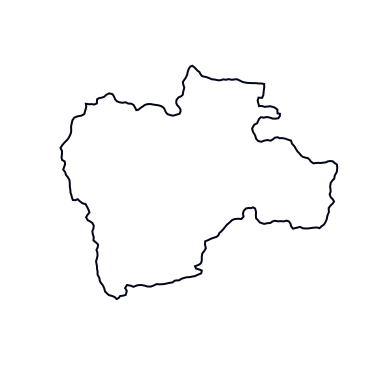 outline of Malacacheta, Minas Gerais, Brazil, rotated 17°
{"feature_id": "56859067B170953880519", "entity_name": "Malacacheta", "entity_type": "district", "adm_level": 2, "iso_a3": "BRA", "parent_name": "Brazil", "parent_adm1": "Minas Gerais", "projection": "orthographic", "projection_center": [-42.098, -17.856], "detail": "fine", "context": "isolated", "style": "outline", "palette": "ink", "viewbox_px": 384, "rotation_deg": 17, "n_neighbors": 0, "source": "geoboundaries", "source_scale": "gbopen_adm2", "svg_char_len": 4310}
<svg xmlns="http://www.w3.org/2000/svg" viewBox="0 0 384 384"><g transform="rotate(17 192 192)"><path d="M151.3,316.4L152.9,314.7L153.7,312.5L156.2,311.4L158.7,309.8L158.6,305.7L156.1,303.4L157.0,300.0L160.8,299.5L163.7,299.8L167.0,297.2L170.4,295.8L174.1,295.4L177.0,295.4L180.2,294.5L182.6,292.7L185.1,290.4L188.0,289.8L192.2,288.2L194.5,286.9L197.2,285.4L199.9,284.1L201.3,281.9L203.3,281.0L205.5,280.2L207.4,278.0L210.0,276.2L212.0,275.0L214.6,274.1L216.8,272.9L219.2,271.7L221.7,269.5L224.6,267.1L224.3,264.2L221.5,264.0L218.2,264.0L216.6,262.1L218.7,260.5L220.5,258.9L221.5,256.8L221.3,254.3L220.3,251.2L219.8,247.6L220.9,245.2L221.7,241.8L219.8,238.5L219.0,235.3L221.4,233.4L223.6,231.3L226.4,229.2L228.5,227.8L229.9,225.8L230.1,223.4L231.5,221.1L232.7,218.7L233.8,215.9L234.9,213.2L236.9,210.1L238.7,206.9L241.0,205.3L243.9,204.1L247.1,203.4L248.5,200.5L247.0,197.7L247.0,194.9L248.4,192.0L250.9,190.7L253.2,190.2L254.8,188.8L257.1,189.3L259.0,192.2L260.0,196.0L261.0,198.4L263.2,199.6L265.5,201.2L267.9,201.4L270.3,201.4L273.2,199.8L276.0,198.7L277.5,196.7L279.5,195.3L282.9,194.9L285.1,194.0L288.6,193.2L290.6,191.8L293.3,191.8L295.5,193.6L296.9,195.8L299.3,197.5L301.6,196.2L303.7,194.9L305.6,193.7L308.3,194.3L311.0,193.8L314.2,192.7L318.0,190.9L321.7,189.4L324.6,189.3L325.8,187.0L327.7,184.6L328.4,182.1L328.8,178.7L328.4,175.1L328.8,171.3L327.4,167.4L328.6,164.1L329.9,162.0L330.6,159.5L328.6,157.7L325.9,156.2L324.3,153.9L324.5,151.2L323.7,149.0L322.5,146.4L322.0,142.7L322.9,140.0L324.1,137.8L323.7,134.4L324.6,130.5L323.9,126.6L322.6,123.4L319.8,122.5L317.7,121.5L315.3,121.9L313.0,123.0L311.4,124.5L309.1,125.5L306.7,126.6L303.5,127.4L299.7,129.1L296.7,128.1L295.0,126.7L292.7,125.7L290.4,126.0L287.6,126.0L285.4,125.1L283.5,123.7L281.2,122.5L279.2,120.8L276.5,118.3L273.6,116.6L271.6,113.9L268.7,113.9L265.4,113.7L262.4,114.1L260.2,114.9L257.9,114.6L255.4,115.8L253.9,118.1L252.2,119.9L248.8,120.3L246.0,121.8L243.6,123.7L240.3,123.9L237.7,122.3L236.4,120.2L234.9,118.5L232.7,116.6L230.9,113.7L231.9,109.4L234.2,107.2L234.7,102.7L236.0,100.3L239.0,99.9L240.9,98.7L243.5,98.1L247.6,98.2L250.3,97.5L253.0,96.2L253.8,93.9L253.2,91.5L250.8,91.8L249.5,88.2L246.1,87.0L241.8,87.1L239.2,88.2L236.6,89.3L233.7,89.3L231.0,90.3L229.8,88.3L228.0,85.3L228.0,82.3L231.5,81.5L231.9,78.4L231.2,75.2L230.5,70.9L229.4,67.6L226.3,68.0L223.4,68.9L221.2,69.2L218.6,70.0L215.5,70.9L212.1,71.6L208.4,72.0L205.5,71.5L202.0,71.0L199.6,72.0L197.3,73.0L194.0,73.4L191.7,74.7L188.9,75.2L186.6,76.8L184.5,77.5L181.0,77.8L177.9,78.4L174.4,78.0L171.8,77.9L169.4,78.2L167.2,78.0L165.5,76.6L163.9,75.0L161.8,74.4L159.7,73.1L157.8,72.1L155.3,71.2L153.6,72.7L152.9,75.3L152.8,78.5L153.1,81.3L152.6,84.5L151.8,87.1L151.1,89.4L152.3,91.9L154.1,94.5L154.3,98.8L154.7,101.8L153.4,103.9L151.5,105.4L150.3,108.2L150.7,111.1L152.1,113.0L154.6,114.5L156.8,116.3L157.5,118.4L157.2,120.8L154.3,122.8L151.7,124.5L149.2,124.8L145.7,124.7L143.4,123.1L141.8,121.1L140.2,119.7L137.6,118.9L134.5,118.9L132.2,119.3L129.5,119.7L126.6,120.0L123.7,121.0L121.5,122.5L119.9,124.6L118.3,126.5L116.7,129.0L114.8,130.0L112.9,127.9L110.6,125.8L108.0,125.3L105.1,126.1L102.4,125.6L99.4,127.0L96.5,127.4L93.6,127.2L91.5,125.9L89.4,123.4L87.3,121.7L83.9,121.9L81.7,124.0L80.2,126.6L78.1,128.2L75.8,129.3L74.1,131.1L75.1,135.1L73.0,136.9L70.3,137.3L68.1,138.1L64.7,138.7L65.8,140.9L66.1,143.2L66.1,145.6L66.2,149.0L63.9,151.3L60.6,153.0L57.7,155.2L56.7,158.3L56.9,161.3L57.2,164.7L58.1,167.3L58.8,169.5L58.9,172.4L58.4,175.5L57.8,177.7L56.8,179.8L55.4,182.4L54.2,185.2L53.4,188.3L55.7,190.8L56.6,194.1L57.2,197.3L58.4,199.3L61.3,200.0L62.5,202.4L62.4,205.4L62.3,208.2L64.9,210.1L66.5,212.5L69.0,214.2L71.3,216.3L72.5,219.2L73.6,222.6L75.0,225.5L76.1,228.3L77.6,230.3L78.9,232.5L80.4,234.5L83.0,233.9L84.7,232.3L87.3,233.6L90.6,234.8L93.8,234.7L95.9,236.8L98.1,239.1L99.9,241.5L98.8,244.3L98.1,247.2L100.6,249.5L103.6,250.0L106.0,250.9L107.9,252.9L108.4,255.6L108.2,258.8L109.6,261.6L111.2,263.8L111.9,267.1L115.3,268.5L117.5,269.7L118.0,272.4L117.6,275.4L119.2,277.6L120.3,280.5L120.5,283.9L120.5,286.3L121.7,288.7L122.8,290.7L123.6,293.1L124.9,295.6L125.9,298.7L128.5,301.3L129.8,303.8L131.3,305.5L133.8,307.1L136.2,309.7L137.9,312.5L140.0,313.7L142.6,314.9L145.6,314.8L148.6,315.0L151.3,316.4Z" fill="none" stroke="#020617" stroke-width="2"/></g></svg>